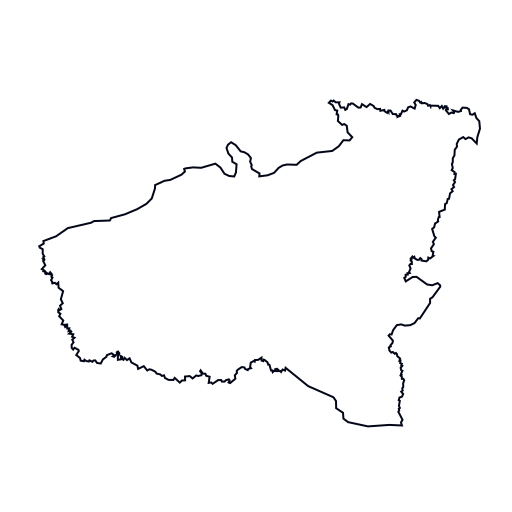 the district of Si That, Udon Thani, Thailand, rotated 3°
{"feature_id": "78962969B71441288528708", "entity_name": "Si That", "entity_type": "district", "adm_level": 2, "iso_a3": "THA", "parent_name": "Thailand", "parent_adm1": "Udon Thani", "projection": "mercator", "projection_center": [103.258, 17.041], "detail": "fine", "context": "isolated", "style": "outline", "palette": "ink", "viewbox_px": 512, "rotation_deg": 3, "n_neighbors": 0, "source": "geoboundaries", "source_scale": "gbopen_adm2", "svg_char_len": 6037}
<svg xmlns="http://www.w3.org/2000/svg" viewBox="0 0 512 512"><g transform="rotate(3 256 256)"><path d="M311.3,149.6L295.7,158.8L291.8,162.8L282.2,163.0L277.9,164.2L274.0,166.8L269.7,172.0L263.4,174.8L255.1,176.3L255.2,173.4L247.5,169.4L246.5,166.8L247.0,165.5L245.2,162.1L245.8,158.5L242.8,155.0L239.0,153.0L235.2,152.3L230.0,146.4L225.2,143.7L222.2,146.3L220.9,149.7L223.1,155.2L226.9,158.9L227.4,163.1L231.8,165.4L231.6,173.6L230.1,177.7L225.0,177.5L220.2,175.5L215.9,169.6L210.6,165.9L196.6,170.8L188.4,170.8L181.0,172.2L179.7,172.8L180.6,175.4L177.3,178.7L166.4,184.5L160.6,185.7L151.5,190.5L151.6,193.8L148.9,204.0L143.9,209.6L134.8,215.5L123.0,221.2L109.3,225.7L108.2,228.2L92.4,229.6L89.6,231.4L66.6,238.0L55.3,246.8L42.9,252.2L43.4,254.7L39.0,257.6L39.8,259.1L42.6,260.3L42.9,265.0L44.6,267.5L43.6,268.3L44.6,270.2L43.6,270.3L44.5,271.3L43.7,272.1L46.1,276.3L42.8,280.3L45.3,281.6L44.7,282.4L46.5,282.7L46.4,284.5L47.3,285.1L48.0,284.9L47.4,283.7L50.2,284.9L51.3,283.0L52.5,284.3L51.2,284.8L53.4,285.9L52.8,287.4L53.9,288.2L52.6,290.8L54.4,293.3L53.3,294.3L56.5,293.3L58.2,294.6L59.9,292.9L60.5,298.0L65.2,301.2L63.4,309.4L65.5,313.3L62.9,315.9L64.4,319.2L62.6,320.4L61.8,319.3L61.3,320.2L61.5,322.6L63.7,323.9L62.6,326.5L66.9,330.5L65.5,334.4L68.1,334.8L69.2,336.9L70.6,335.7L69.8,334.5L71.0,334.3L71.3,338.3L73.3,338.0L72.8,340.8L74.6,340.2L75.5,341.2L73.5,343.3L77.6,343.7L76.6,346.3L79.0,347.1L76.9,349.1L78.3,351.8L76.5,354.4L76.8,357.5L78.3,359.0L79.6,357.1L83.6,359.0L84.0,360.2L81.7,364.3L85.6,367.1L86.4,369.7L89.7,370.1L90.1,368.6L92.1,369.8L94.6,370.1L95.1,368.9L98.2,370.2L99.1,368.9L101.0,368.7L102.8,371.1L106.6,371.5L108.5,367.3L111.9,364.5L112.3,362.8L116.9,360.7L120.0,362.7L118.4,363.7L119.6,364.1L121.9,361.5L123.1,361.8L122.0,359.5L123.2,358.6L124.6,360.3L123.3,363.6L123.5,366.9L126.8,366.2L126.2,363.0L127.7,363.7L128.0,365.9L129.1,366.6L130.2,364.6L132.6,366.7L135.1,364.8L137.1,368.8L143.3,371.7L144.2,374.9L149.7,371.9L153.4,376.0L155.5,374.7L157.7,375.1L161.5,376.8L162.9,378.6L166.7,379.3L168.3,380.7L170.4,380.0L171.5,382.6L175.2,384.3L180.0,384.1L181.2,382.0L186.5,386.4L188.6,384.2L191.7,383.9L191.4,380.1L196.1,379.4L199.1,381.6L202.6,378.4L204.5,378.9L207.7,377.9L208.1,376.3L206.2,374.0L206.7,373.1L209.1,376.2L211.7,376.3L212.5,378.2L216.0,379.0L215.4,385.2L217.8,384.6L219.4,385.9L224.7,381.9L227.8,381.7L228.5,383.2L231.1,383.1L232.6,381.5L235.4,380.6L236.2,381.8L235.2,383.7L236.8,384.3L241.8,379.6L241.1,376.2L243.1,373.8L242.8,371.8L243.8,370.5L247.5,367.7L250.3,367.9L251.1,369.4L253.7,370.4L254.2,369.2L256.9,368.3L255.9,367.2L256.4,362.7L259.2,361.0L260.2,361.5L260.3,360.0L263.6,359.6L266.8,357.2L267.0,360.1L268.7,360.6L269.1,359.1L269.9,359.3L273.1,361.6L273.8,363.8L275.1,363.9L277.0,369.5L278.3,369.4L278.8,371.1L279.9,369.9L282.1,369.8L281.1,368.1L282.7,367.5L284.2,368.5L283.7,369.8L286.2,369.6L287.1,370.5L288.5,368.0L291.0,368.9L291.4,366.1L314.9,383.2L340.7,393.0L343.5,396.7L344.0,403.8L351.1,408.0L351.8,413.8L356.7,417.1L376.8,420.3L397.9,417.7L410.6,417.6L409.5,414.6L410.9,411.9L406.3,404.1L407.1,402.7L406.6,401.1L407.6,400.2L406.6,398.2L407.2,393.1L406.1,392.5L406.7,389.8L409.1,388.9L410.2,386.1L408.1,383.9L409.5,382.7L409.0,380.5L409.9,379.1L409.6,375.4L410.5,372.3L409.5,370.9L408.1,371.0L407.9,368.9L406.7,367.9L407.6,367.1L406.9,366.5L408.2,363.0L407.1,362.6L406.3,360.2L407.8,358.1L406.8,357.8L407.3,356.0L405.6,355.4L405.7,353.0L404.8,353.2L405.2,350.8L402.3,348.6L401.8,346.5L400.8,345.5L399.6,346.4L397.7,344.7L396.2,345.4L394.3,343.6L393.4,340.4L395.3,339.2L394.8,338.4L396.9,335.6L397.1,333.3L392.6,328.6L393.8,327.1L395.5,327.3L396.8,322.9L400.2,317.7L404.5,316.7L408.3,317.7L413.7,317.0L417.8,314.7L421.3,309.6L422.9,309.8L432.3,293.8L432.1,289.6L434.4,288.0L441.6,277.0L441.4,275.6L438.8,273.6L433.5,276.0L428.4,275.5L417.4,268.4L413.5,268.8L406.9,273.5L405.2,270.1L406.6,269.0L406.4,266.9L408.5,266.6L408.2,265.2L410.4,264.9L409.7,264.0L411.0,260.3L409.6,257.4L410.7,255.8L412.1,255.8L411.8,253.1L410.7,252.5L411.5,250.8L410.7,250.5L412.2,248.3L413.4,249.4L414.2,248.6L414.7,250.1L417.2,251.4L418.9,251.3L420.2,249.5L421.5,250.5L421.5,251.9L426.4,252.4L428.0,250.9L428.2,248.6L429.9,249.4L433.1,246.7L432.4,246.6L432.9,242.5L431.2,242.0L430.4,239.2L433.0,234.9L431.9,232.6L434.6,228.3L433.1,227.0L430.5,219.8L432.4,218.0L433.1,214.2L436.1,212.0L435.7,210.4L436.5,207.5L437.3,207.4L436.5,202.3L442.1,199.8L442.1,194.3L443.7,193.2L444.5,189.0L445.8,188.7L446.5,183.3L449.0,181.0L447.7,179.0L450.2,176.8L449.0,174.9L450.9,171.7L449.6,170.0L450.8,168.8L451.3,163.5L449.9,163.7L450.0,161.9L446.9,160.0L447.9,157.9L446.8,153.8L447.6,152.1L447.4,148.1L448.9,145.2L448.9,139.5L451.0,136.3L450.6,133.6L452.5,129.1L456.7,126.4L459.1,128.3L462.2,126.4L465.2,127.2L470.5,132.1L470.8,125.8L473.0,117.1L471.9,109.7L468.8,106.6L467.0,102.0L464.7,103.6L462.4,103.2L461.0,98.3L458.8,97.1L454.5,97.0L452.9,99.2L453.1,100.5L450.3,101.5L445.1,100.3L446.5,101.8L446.0,103.0L443.6,102.5L441.2,104.1L437.9,100.4L438.4,99.3L439.9,99.4L439.7,98.3L438.5,98.5L438.5,96.6L435.8,96.5L436.9,97.1L435.2,99.1L433.7,96.5L431.8,98.7L430.1,96.5L422.6,96.7L422.5,97.5L421.7,96.2L420.0,96.9L419.3,95.4L416.6,94.4L413.5,94.8L413.0,93.6L412.0,94.2L410.7,92.5L408.0,91.7L406.0,94.4L407.6,96.8L406.7,100.5L402.5,98.6L400.2,99.5L399.0,102.6L396.4,104.0L394.7,103.2L393.4,106.6L392.2,106.8L392.7,108.5L390.2,109.6L390.4,108.6L389.1,108.4L388.4,107.0L385.2,107.1L382.7,103.7L380.8,103.9L380.8,105.2L380.3,104.4L379.5,106.2L376.7,104.6L376.5,103.4L372.6,104.5L372.2,102.6L369.7,103.0L366.8,101.9L365.5,100.0L362.0,98.2L358.6,101.5L353.9,98.8L352.7,102.2L350.5,102.5L344.7,98.7L343.0,98.6L342.1,99.9L340.4,99.5L339.0,104.5L337.5,105.4L336.3,103.0L332.8,103.4L330.9,99.6L331.3,98.2L327.6,98.4L325.4,96.7L324.5,97.7L322.7,96.9L320.7,99.2L324.5,101.3L327.3,106.2L329.5,106.5L329.1,110.3L330.5,110.5L330.9,112.0L330.7,116.9L335.2,120.6L337.2,119.6L339.8,121.2L341.0,127.7L345.9,132.3L343.4,135.7L337.2,135.8L332.9,142.1L326.6,147.1L311.3,149.6Z" fill="none" stroke="#020617" stroke-width="2"/></g></svg>